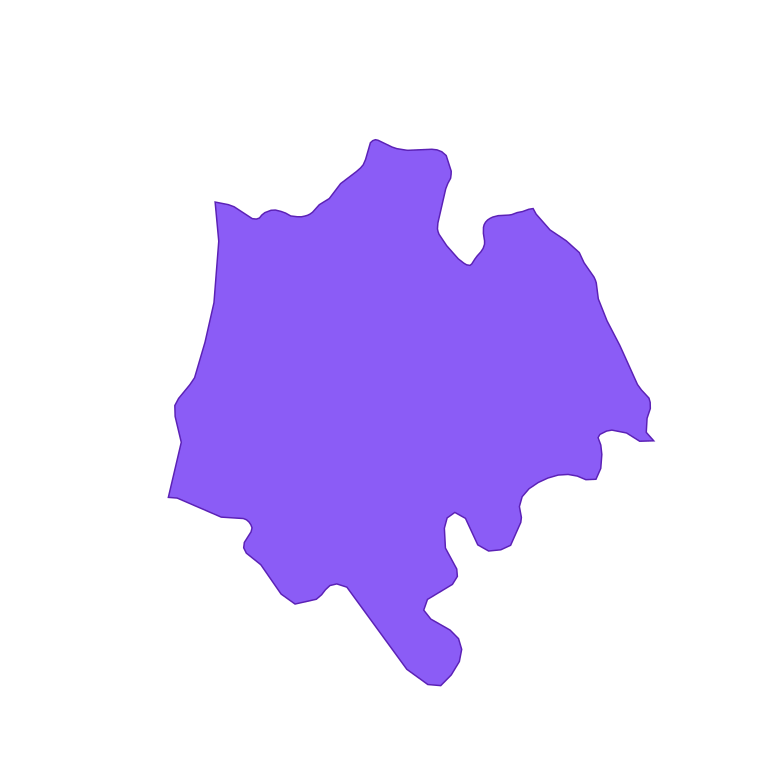 Caserta, Equal Earth projection, rotated 43°
{"feature_id": "ITA-5396", "entity_name": "Caserta", "entity_type": "Province", "adm_level": 1, "iso_a3": "ITA", "parent_name": "Italy", "parent_adm1": "", "projection": "equal_earth", "projection_center": [14.158, 41.216], "detail": "fine", "context": "isolated", "style": "filled", "palette": "violet", "viewbox_px": 768, "rotation_deg": 43, "n_neighbors": 0, "source": "natural_earth", "source_scale": "10m", "svg_char_len": 2186}
<svg xmlns="http://www.w3.org/2000/svg" viewBox="0 0 768 768"><g transform="rotate(43 384 384)"><path d="M303.6,614.0L275.5,564.9L253.4,550.2L245.7,542.4L243.6,534.6L242.5,517.0L241.2,508.6L224.6,475.5L204.2,440.5L165.8,392.3L136.4,366.1L147.8,359.0L153.5,356.6L174.9,352.9L178.2,350.4L179.7,347.5L179.4,343.8L180.0,339.9L182.9,334.0L186.0,330.8L191.0,328.0L195.5,326.1L201.2,324.7L206.4,320.9L209.5,318.1L211.5,315.3L213.0,312.8L214.0,310.2L214.6,307.1L214.4,297.0L217.5,285.7L215.6,267.0L218.9,247.7L219.5,242.0L219.3,237.8L217.4,232.4L209.5,216.8L209.8,213.7L211.1,211.2L213.4,209.8L228.3,205.2L232.9,203.1L240.8,197.8L242.1,196.8L258.9,179.7L263.1,176.6L267.9,174.7L273.7,174.5L288.0,182.5L290.1,184.9L292.4,188.1L293.9,193.8L296.0,199.1L313.6,229.5L317.3,234.1L319.6,235.7L322.2,237.0L335.5,240.1L352.9,241.8L359.9,241.2L363.1,240.5L366.0,238.6L366.3,236.3L365.2,230.4L364.8,226.6L364.7,221.3L364.0,217.2L362.2,213.2L359.9,210.7L354.0,206.1L349.9,201.6L348.6,199.2L347.9,196.4L347.9,193.4L348.6,190.5L349.7,187.7L352.7,183.0L360.2,175.2L361.9,173.0L364.5,167.8L367.7,163.4L370.7,157.5L373.4,154.0L379.4,156.0L400.3,158.1L419.6,155.0L437.2,154.7L447.6,158.9L464.7,162.6L467.8,163.9L470.3,165.3L482.7,175.6L504.0,185.7L529.7,194.8L537.7,198.1L569.7,211.5L576.3,212.8L587.4,213.6L591.2,215.9L595.5,220.3L599.8,229.7L608.8,240.5L620.0,241.6L610.0,251.5L594.8,254.4L582.1,262.3L578.9,266.6L576.3,273.6L577.1,277.2L584.2,280.8L591.4,287.0L600.1,297.9L604.0,309.1L596.9,316.3L588.2,319.5L580.3,324.6L573.5,331.8L568.0,341.0L564.0,350.8L561.5,361.6L561.9,372.2L566.6,381.3L575.5,387.9L578.4,391.9L586.6,415.6L582.5,425.6L574.4,434.8L562.3,437.7L535.2,426.7L523.4,429.6L521.5,438.9L526.5,448.3L540.8,462.1L563.4,469.7L568.9,474.7L570.7,483.9L562.7,511.9L567.3,522.3L578.6,524.0L600.2,518.9L612.2,519.4L621.8,525.1L628.4,535.6L631.6,550.9L631.2,565.9L621.0,573.9L595.3,577.1L495.4,557.9L485.8,562.4L481.9,568.3L481.5,574.4L482.1,580.7L481.3,587.6L469.0,605.6L452.0,607.8L417.2,600.2L398.7,601.6L393.1,599.5L389.9,595.1L387.6,582.8L385.6,579.2L382.5,577.7L379.3,577.0L376.0,577.1L372.9,578.3L355.7,592.4L310.5,608.5L303.6,614.0Z" fill="#8b5cf6" stroke="#5b21b6" stroke-width="1.5"/></g></svg>